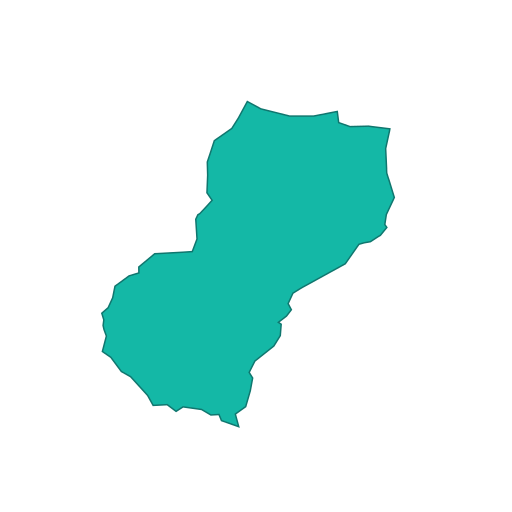 the district of Arroyo, Puerto Rico, rotated 238°
{"feature_id": "32010507B29338824934020", "entity_name": "Arroyo", "entity_type": "district", "adm_level": 2, "iso_a3": "PRI", "parent_name": "Puerto Rico", "parent_adm1": "", "projection": "robinson", "projection_center": [-66.058, 17.997], "detail": "fine", "context": "isolated", "style": "filled", "palette": "teal", "viewbox_px": 512, "rotation_deg": 238, "n_neighbors": 0, "source": "geoboundaries", "source_scale": "gbopen_adm2", "svg_char_len": 1360}
<svg xmlns="http://www.w3.org/2000/svg" viewBox="0 0 512 512"><g transform="rotate(238 256 256)"><path d="M210.9,382.1L214.4,381.9L218.6,385.5L222.1,388.5L224.5,392.2L226.5,395.3L230.3,401.2L230.4,401.4L231.9,403.6L232.3,404.3L250.3,409.1L252.5,409.6L257.0,410.8L259.9,412.4L261.0,413.1L278.4,422.9L286.2,430.5L291.3,435.5L292.9,436.9L304.0,423.2L306.5,420.2L308.2,417.3L315.9,404.3L324.8,397.2L325.3,396.8L334.4,401.0L335.5,401.5L336.6,398.7L344.1,379.1L355.5,360.8L356.9,358.6L378.2,338.1L391.6,330.5L382.4,314.3L377.0,303.1L375.9,281.8L367.1,271.3L361.5,264.5L350.1,257.8L335.6,247.9L326.5,248.3L323.9,239.1L321.7,230.8L321.8,228.6L319.1,224.4L301.7,215.0L293.5,204.3L298.0,195.9L310.3,173.6L311.6,171.3L308.8,150.8L303.7,147.7L306.4,137.9L305.1,120.4L296.5,112.3L290.5,103.2L289.2,94.9L282.5,93.1L278.1,89.5L274.4,88.2L267.4,86.7L256.4,75.1L247.0,79.2L229.4,80.6L220.1,85.7L195.2,90.2L183.8,89.6L177.0,101.9L166.6,105.9L166.7,114.2L154.7,128.5L145.1,133.5L141.2,140.6L134.7,139.5L120.4,150.9L132.9,154.7L133.7,167.4L144.7,179.7L154.3,188.5L160.9,188.5L167.5,199.4L170.2,223.4L175.6,234.4L184.8,241.2L187.9,239.8L188.9,250.0L191.7,257.5L198.6,258.0L204.9,267.6L204.9,275.5L204.8,279.2L204.5,284.3L203.9,295.3L202.1,327.6L211.4,349.5L209.9,354.7L207.5,360.6L207.7,369.8L207.6,372.4L210.9,382.1Z" fill="#14b8a6" stroke="#0f766e" stroke-width="1.5"/></g></svg>